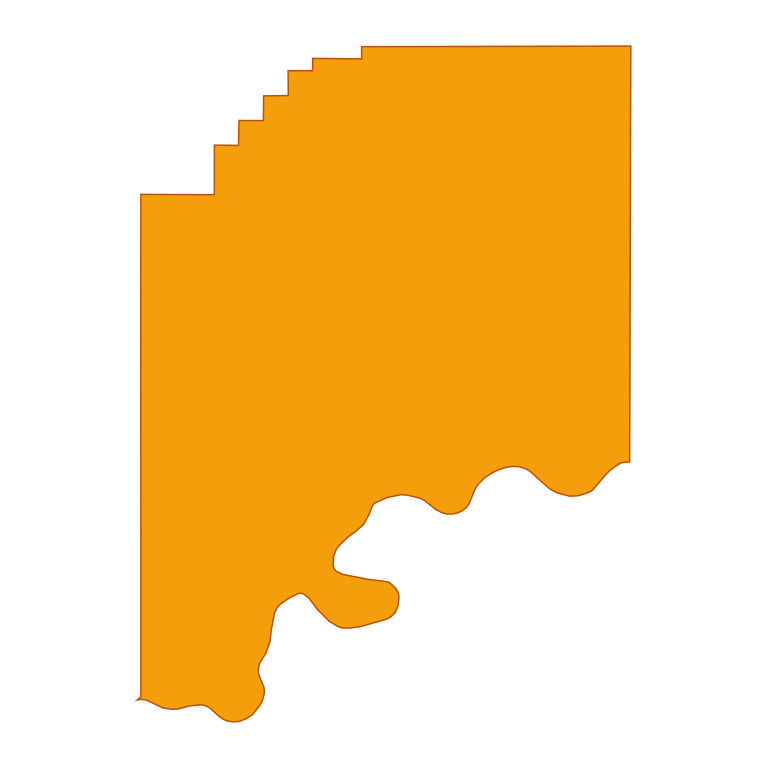 Washington, Nebraska, United States of America, rotated 90°
{"feature_id": "52423323B46831749537882", "entity_name": "Washington", "entity_type": "district", "adm_level": 2, "iso_a3": "USA", "parent_name": "United States of America", "parent_adm1": "Nebraska", "projection": "equal_earth", "projection_center": [-96.073, 41.537], "detail": "fine", "context": "isolated", "style": "filled", "palette": "amber", "viewbox_px": 768, "rotation_deg": 90, "n_neighbors": 0, "source": "geoboundaries", "source_scale": "gbopen_adm2", "svg_char_len": 1590}
<svg xmlns="http://www.w3.org/2000/svg" viewBox="0 0 768 768"><g transform="rotate(90 384 384)"><path d="M700.0,630.8L699.3,627.2L700.0,621.7L707.9,605.1L709.3,596.4L709.0,590.0L705.9,578.2L704.8,565.9L706.0,561.7L708.0,558.3L716.7,548.5L719.4,544.5L721.0,540.8L721.9,534.6L721.4,528.5L718.5,521.4L714.4,515.3L705.1,507.9L700.1,505.5L693.4,503.7L687.6,503.9L674.0,509.5L667.2,509.5L663.1,508.3L652.8,501.9L640.6,497.8L630.2,496.8L612.6,493.4L607.2,490.6L603.5,486.9L597.5,477.9L593.4,469.3L593.1,467.0L593.8,464.8L598.0,459.2L609.2,450.8L621.3,438.7L623.5,435.0L626.4,430.3L627.8,426.5L628.1,422.9L628.0,417.6L626.5,407.3L619.2,381.5L617.1,377.4L612.0,372.5L605.7,370.0L597.4,369.0L593.2,369.6L588.7,371.9L583.4,377.5L581.9,379.9L579.2,400.7L574.4,425.1L571.4,431.5L569.5,433.3L566.2,434.8L556.6,434.5L549.4,431.8L544.0,427.4L536.6,419.5L531.6,412.5L524.5,404.5L514.9,399.2L504.9,395.2L503.0,393.2L497.4,380.5L494.7,367.2L495.1,360.9L498.0,348.5L500.3,343.7L509.4,332.4L512.4,326.6L514.0,321.5L514.0,316.4L513.2,311.2L511.1,306.2L508.1,302.2L504.3,299.2L487.8,292.3L484.0,289.6L477.7,283.4L472.0,274.3L469.4,268.4L467.2,261.3L466.5,255.4L466.7,248.9L468.9,241.8L471.6,237.7L488.9,218.3L492.7,211.3L496.2,198.3L495.7,189.3L492.4,179.2L490.0,175.3L475.0,162.6L470.5,158.1L466.5,152.8L462.8,146.9L461.8,138.7L461.9,138.3L46.1,137.2L46.7,406.4L58.9,406.4L58.4,455.3L70.7,455.4L70.7,479.9L95.5,479.7L95.9,504.4L120.6,504.6L120.5,529.0L145.4,529.5L145.1,553.6L194.7,553.7L194.4,627.1L318.6,627.2L538.3,627.1L696.9,627.1L700.0,630.8Z" fill="#f59e0b" stroke="#b45309" stroke-width="1.5"/></g></svg>